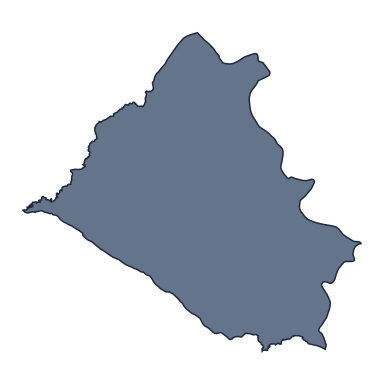 outline of Khao Wong, Kalasin, Thailand
{"feature_id": "78962969B54306826324199", "entity_name": "Khao Wong", "entity_type": "district", "adm_level": 2, "iso_a3": "THA", "parent_name": "Thailand", "parent_adm1": "Kalasin", "projection": "orthographic", "projection_center": [104.055, 16.69], "detail": "fine", "context": "isolated", "style": "filled", "palette": "slate", "viewbox_px": 384, "rotation_deg": 0, "n_neighbors": 0, "source": "geoboundaries", "source_scale": "gbopen_adm2", "svg_char_len": 5899}
<svg xmlns="http://www.w3.org/2000/svg" viewBox="0 0 384 384"><path d="M197.5,32.7L190.4,34.8L186.2,36.6L183.4,38.3L177.8,44.8L167.9,58.8L165.2,63.8L160.8,68.8L158.5,72.0L157.2,72.9L155.9,74.6L154.7,77.2L153.8,80.9L152.4,82.7L153.5,88.4L152.8,89.4L152.8,90.2L150.4,91.7L149.3,91.2L149.1,91.8L148.0,91.8L146.6,91.0L145.4,92.3L146.7,94.4L145.7,97.0L146.0,97.5L145.3,97.9L145.2,99.2L145.6,100.1L145.3,101.3L145.7,102.1L144.8,103.1L144.5,104.5L143.7,105.4L143.4,106.3L142.4,106.7L141.7,106.6L141.7,106.1L137.8,106.4L137.3,105.4L136.4,104.9L136.1,104.3L135.7,104.2L135.8,103.8L134.0,102.2L133.2,102.3L132.4,103.5L131.4,103.9L130.6,103.3L129.6,103.3L128.6,104.5L128.6,105.1L125.4,104.5L123.1,107.8L122.0,108.0L122.0,109.1L120.2,109.3L119.4,110.0L119.5,110.3L118.2,111.0L117.1,112.4L114.2,113.4L114.1,113.9L113.5,114.1L113.8,114.9L113.5,116.1L111.6,116.2L111.2,116.5L110.7,116.3L110.6,116.6L109.6,116.9L105.8,119.5L103.1,120.5L101.8,121.7L101.0,122.0L100.2,122.2L99.9,121.6L99.2,121.5L98.7,122.8L96.3,124.6L95.6,126.8L94.8,127.7L95.1,128.2L94.7,129.5L94.9,131.0L95.8,133.1L95.4,133.7L96.3,134.3L96.6,137.0L97.2,138.5L94.7,140.2L94.6,140.9L93.8,141.4L92.6,141.3L90.8,142.7L90.7,143.2L90.1,143.3L89.3,145.8L88.8,146.1L88.3,147.1L88.9,147.4L88.9,149.1L88.2,149.5L88.6,150.8L88.4,151.0L88.9,151.4L89.6,151.3L90.0,152.5L89.2,154.3L89.8,155.3L89.3,155.6L89.2,156.5L88.5,156.7L88.5,157.4L87.6,157.3L87.2,158.5L85.8,158.6L85.8,159.2L85.4,159.2L84.7,160.0L84.8,161.1L84.4,161.3L84.4,162.5L84.0,163.2L84.3,164.3L83.8,164.1L83.7,164.7L83.1,164.8L83.7,165.3L84.7,165.3L84.7,165.7L85.2,166.2L84.4,166.6L84.4,167.2L83.1,167.8L81.3,169.2L78.1,169.5L75.0,169.3L70.7,170.2L70.6,171.2L72.4,173.0L72.6,174.2L71.7,176.7L71.7,180.1L70.8,182.3L70.6,184.3L68.3,184.4L66.9,186.2L65.2,186.1L62.7,186.9L62.0,188.1L62.0,190.5L61.5,190.6L60.7,190.0L60.0,190.3L59.6,192.7L58.3,194.2L57.7,194.3L57.3,193.2L56.5,193.4L56.5,196.0L57.6,196.8L57.7,197.4L55.9,197.7L55.6,199.1L54.6,200.3L51.3,202.2L50.9,201.6L51.7,200.0L51.4,198.9L50.8,199.0L50.3,200.7L49.9,200.9L48.6,199.9L46.0,199.6L46.3,198.6L45.8,197.7L43.9,197.4L43.4,196.7L42.8,196.5L42.2,196.9L41.6,198.1L41.6,200.1L40.1,200.0L38.7,200.5L38.8,201.1L40.1,201.6L40.1,202.1L38.2,201.9L36.8,203.0L36.0,201.8L34.6,202.3L32.8,202.2L32.4,202.6L32.4,204.1L31.2,203.9L30.9,204.2L31.0,205.6L31.4,205.8L32.5,205.5L32.7,206.0L32.6,206.6L29.9,207.4L30.2,205.9L30.0,205.4L29.6,205.3L28.4,207.0L27.2,207.1L27.3,207.5L28.4,208.0L28.5,208.6L27.4,208.6L26.2,210.1L24.1,209.9L23.0,210.2L25.1,212.3L26.8,212.9L28.7,212.8L32.5,211.7L35.4,212.4L36.4,211.5L37.7,211.5L41.2,210.6L44.9,212.2L48.5,213.0L49.9,213.7L52.0,213.5L53.0,214.7L56.2,215.3L57.2,215.8L58.6,217.1L59.4,218.4L61.2,220.2L63.7,222.0L67.1,223.6L68.8,224.7L71.7,225.9L76.7,229.3L79.4,230.5L80.6,231.9L81.8,232.2L82.7,233.3L83.0,235.7L86.9,239.2L88.8,240.5L90.6,241.1L91.8,241.8L100.9,249.3L103.0,250.4L110.3,255.5L113.0,257.2L118.9,259.6L124.6,263.9L127.4,265.4L132.2,267.3L133.9,268.3L137.1,269.4L141.0,271.8L143.8,272.4L146.3,274.9L148.6,275.4L149.6,275.9L151.3,277.7L154.1,282.5L156.3,285.0L158.2,286.3L159.7,288.0L160.7,288.9L165.9,291.8L169.9,292.1L173.2,294.0L178.9,299.6L180.2,301.4L182.6,303.4L184.2,306.5L186.6,309.2L192.3,313.6L194.8,314.6L200.0,318.3L202.7,323.6L204.6,325.8L208.5,328.1L212.7,331.9L215.0,333.5L216.5,333.6L220.4,332.5L221.2,332.6L227.3,337.1L227.9,338.0L229.9,339.6L230.9,339.1L232.0,339.1L232.6,338.2L235.1,336.8L238.0,336.5L241.6,337.0L244.9,333.9L245.8,333.3L250.3,333.7L253.0,334.8L256.0,334.5L258.2,336.0L257.8,337.3L258.3,338.7L258.0,339.7L259.5,341.9L260.9,342.5L261.3,344.6L262.2,344.8L263.3,346.1L263.4,347.2L262.8,348.0L262.8,348.4L262.1,348.6L262.2,351.3L263.3,350.2L265.8,350.1L266.4,350.5L267.6,350.1L267.4,349.6L268.2,348.5L267.7,347.4L268.3,347.3L268.6,346.9L269.2,347.2L269.9,346.8L269.6,346.3L269.8,345.6L269.3,345.2L270.4,344.1L271.5,343.9L272.4,344.1L274.2,343.7L274.8,344.0L275.5,344.9L277.4,343.4L277.9,343.7L278.3,343.3L279.5,343.6L279.9,344.3L280.3,344.0L281.1,344.0L281.4,343.1L281.2,341.6L282.5,340.1L283.1,340.2L283.3,339.4L284.7,340.0L287.3,339.1L289.4,339.1L290.7,338.2L292.5,336.1L293.0,336.1L293.5,336.5L294.6,335.5L297.5,335.8L298.5,335.6L302.3,336.8L302.9,337.3L302.3,338.4L303.5,339.4L303.8,340.0L304.9,340.2L305.6,341.2L307.4,342.1L308.4,343.7L317.3,345.7L321.5,347.3L325.2,349.3L325.3,348.0L326.1,345.9L326.1,344.2L325.2,343.0L325.0,341.4L323.4,336.7L321.5,333.3L319.2,331.6L318.7,329.9L319.9,327.2L321.4,325.5L326.5,317.7L329.4,309.1L330.1,305.8L330.3,303.3L329.8,300.5L328.3,297.3L327.1,294.6L322.2,287.1L321.6,285.5L321.6,284.3L322.8,282.4L324.5,281.6L327.1,282.1L329.5,283.3L331.0,283.3L332.3,282.6L333.8,281.1L334.8,279.2L336.3,274.0L338.2,269.4L339.1,267.9L344.0,262.2L344.9,261.6L352.2,261.4L353.8,260.9L354.3,260.1L354.5,259.1L352.8,253.9L354.1,248.6L355.4,246.5L357.3,244.9L359.2,243.9L361.0,243.7L360.6,242.7L358.9,241.7L354.9,241.5L353.2,241.1L346.5,236.9L343.1,234.5L338.5,228.7L336.0,226.9L331.7,225.8L322.4,224.2L314.6,222.3L308.2,219.6L307.1,218.9L304.6,216.3L300.5,210.9L299.6,208.3L299.4,206.7L300.1,200.9L300.8,199.9L304.6,196.6L311.3,188.8L314.2,182.9L314.4,181.5L314.1,180.5L313.5,179.8L312.1,179.2L307.0,180.6L302.9,180.5L294.9,178.4L291.7,177.1L290.9,177.2L288.7,178.5L287.5,178.2L283.2,173.0L281.6,170.4L280.8,168.1L280.9,165.5L281.8,162.2L283.1,154.0L282.9,151.0L282.3,148.8L280.6,146.7L277.2,143.8L275.3,139.9L273.7,137.9L271.1,135.8L269.2,133.6L266.2,131.3L260.5,127.6L258.5,125.7L252.6,116.0L251.2,112.8L250.3,109.6L249.1,99.1L250.1,93.4L252.0,90.1L256.7,83.9L257.9,81.4L258.7,80.5L267.8,76.1L269.3,75.1L269.8,73.9L269.9,72.1L263.0,62.7L258.8,61.2L258.4,60.7L258.1,59.9L258.0,57.0L257.4,54.8L256.6,53.9L255.4,53.5L251.4,54.5L244.4,57.0L238.1,61.3L233.3,63.4L230.3,64.0L225.6,63.7L223.4,63.1L222.3,62.4L221.9,61.3L219.6,58.8L219.0,55.9L216.0,52.4L213.8,48.9L208.6,43.5L203.6,39.3L197.5,32.7Z" fill="#64748b" stroke="#1e293b" stroke-width="1.5"/></svg>